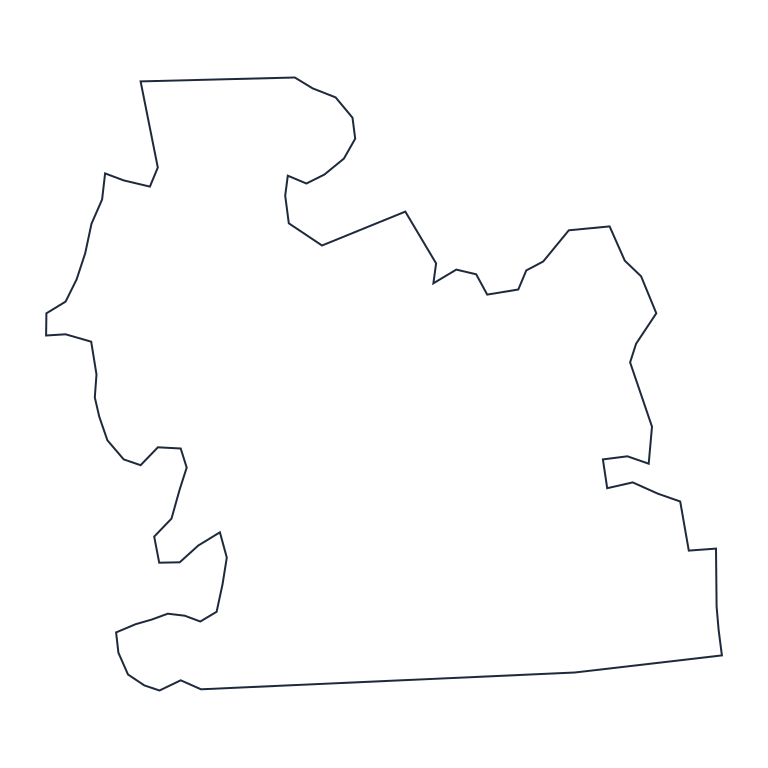 the district of Montauri, Rio Grande do Sul, Brazil
{"feature_id": "56859067B40303133509643", "entity_name": "Montauri", "entity_type": "district", "adm_level": 2, "iso_a3": "BRA", "parent_name": "Brazil", "parent_adm1": "Rio Grande do Sul", "projection": "robinson", "projection_center": [-52.06, -28.663], "detail": "fine", "context": "isolated", "style": "outline", "palette": "slate", "viewbox_px": 768, "rotation_deg": 0, "n_neighbors": 0, "source": "geoboundaries", "source_scale": "gbopen_adm2", "svg_char_len": 1167}
<svg xmlns="http://www.w3.org/2000/svg" viewBox="0 0 768 768"><path d="M140.6,81.4L157.8,167.5L149.9,186.6L123.7,180.4L105.1,173.4L102.1,199.5L91.5,223.7L85.2,253.3L76.6,279.4L65.6,301.6L46.4,313.3L46.1,335.5L65.6,334.3L91.2,341.7L96.5,374.5L94.8,397.4L99.2,416.5L107.4,440.3L123.7,459.4L140.6,465.2L157.9,447.3L180.7,448.5L186.7,467.6L179.7,489.4L171.5,518.6L154.2,536.6L159.2,562.7L179.7,562.3L198.3,545.5L219.9,532.3L226.8,557.6L222.5,584.5L216.6,611.8L200.3,621.5L184.7,615.7L167.8,613.7L151.6,619.6L135.6,624.2L116.1,632.4L118.4,652.7L128.0,674.5L144.3,685.4L159.5,690.5L180.7,680.3L201.0,689.3L574.7,672.5L721.9,655.4L718.6,629.7L716.6,606.7L716.0,548.6L688.8,550.6L680.2,501.5L657.9,493.7L632.7,482.4L607.2,488.2L602.9,459.4L627.4,456.3L648.7,463.7L652.0,426.7L630.1,362.4L636.1,343.7L656.3,313.3L641.1,276.3L624.8,260.7L609.6,226.4L568.8,230.3L543.2,261.5L526.3,270.4L518.3,289.5L487.2,294.6L476.2,274.3L456.3,269.6L433.4,283.3L436.1,263.4L405.3,211.6L322.0,245.5L288.8,223.3L285.2,195.6L287.8,175.7L306.4,183.5L324.3,174.6L343.9,158.6L355.2,138.7L352.5,117.7L335.6,97.4L312.7,88.4L294.8,77.5L140.6,81.4Z" fill="none" stroke="#1e293b" stroke-width="2"/></svg>